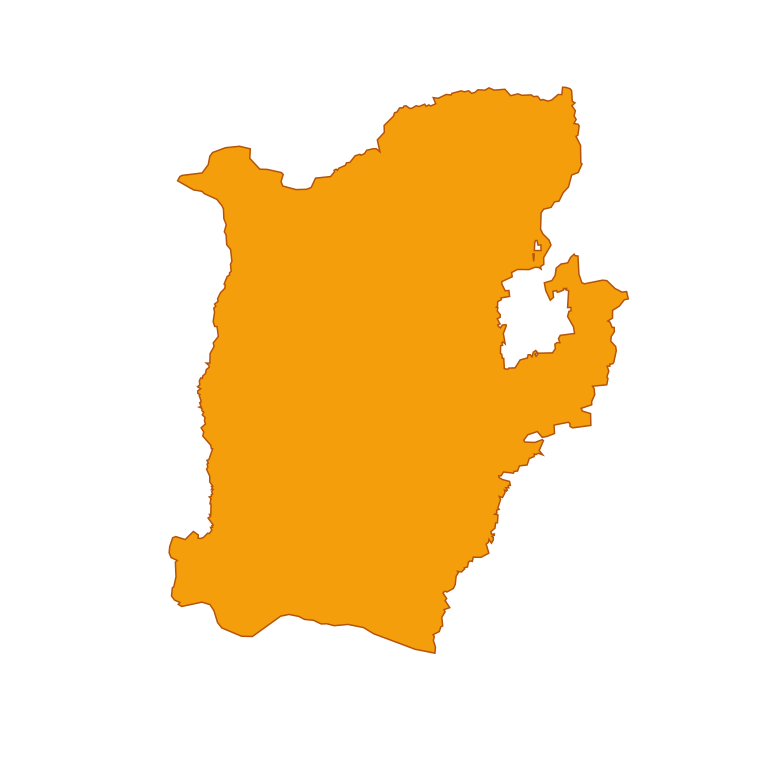 Madiun, Jawa Timur, Indonesia, rotated 163°
{"feature_id": "22746128B56340035124164", "entity_name": "Madiun", "entity_type": "district", "adm_level": 2, "iso_a3": "IDN", "parent_name": "Indonesia", "parent_adm1": "Jawa Timur", "projection": "mercator", "projection_center": [111.63, -7.612], "detail": "fine", "context": "isolated", "style": "filled", "palette": "amber", "viewbox_px": 768, "rotation_deg": 163, "n_neighbors": 0, "source": "geoboundaries", "source_scale": "gbopen_adm2", "svg_char_len": 6173}
<svg xmlns="http://www.w3.org/2000/svg" viewBox="0 0 768 768"><g transform="rotate(163 384 384)"><path d="M414.0,111.7L411.7,117.3L411.8,124.2L409.7,127.8L410.4,129.9L403.5,131.1L400.7,135.1L398.6,135.5L396.9,144.1L392.2,148.2L392.6,150.7L386.5,150.9L388.9,159.0L386.8,160.5L388.7,166.6L387.9,167.5L385.7,167.9L384.6,166.7L377.4,168.2L374.5,171.4L371.3,179.0L368.1,181.8L368.5,183.3L364.9,181.6L361.0,183.6L360.9,184.8L357.7,184.6L355.3,189.0L353.3,189.6L351.4,188.5L349.3,192.3L342.0,189.9L333.2,191.6L333.1,201.0L330.4,202.1L329.0,204.8L327.8,200.4L325.3,202.6L324.3,205.1L325.3,206.8L322.7,207.1L322.3,208.3L325.1,209.0L325.0,211.5L320.0,213.7L318.0,218.4L316.1,218.1L313.3,225.5L316.1,227.1L313.7,227.7L313.3,230.3L310.5,230.5L311.3,232.2L306.3,239.5L306.7,242.8L303.9,240.8L300.1,244.6L299.8,247.4L298.3,245.8L297.1,246.4L297.8,249.2L295.0,248.2L294.8,250.6L292.8,250.2L292.4,254.1L298.8,258.1L301.4,261.0L301.1,262.7L299.0,261.9L295.4,264.9L286.3,260.9L285.0,262.4L281.8,261.7L278.4,266.1L270.9,264.7L266.8,270.3L261.7,270.7L260.7,273.2L259.6,272.1L256.6,272.6L252.9,269.8L255.0,275.1L248.1,283.2L248.9,284.5L256.7,284.0L266.1,287.2L266.9,289.3L261.3,293.4L251.3,293.7L248.3,286.7L243.3,286.2L235.4,286.8L233.4,295.0L218.8,293.5L217.8,291.8L218.5,289.0L216.4,286.9L198.3,283.9L195.1,295.3L202.2,300.1L202.6,303.1L191.4,303.4L190.6,306.4L185.6,312.2L184.4,318.3L185.2,320.9L171.2,318.1L168.2,323.8L168.9,325.5L165.3,330.5L165.4,335.8L162.8,335.0L162.3,336.9L159.3,336.5L157.9,337.6L152.1,348.0L151.5,352.1L154.6,358.6L152.8,363.0L148.4,366.7L147.3,370.8L149.3,371.4L149.8,377.1L151.6,378.8L146.2,380.2L143.9,387.6L136.1,389.7L129.6,394.3L125.5,394.0L125.0,401.5L129.4,402.2L135.2,407.8L140.7,417.7L144.6,419.4L162.9,421.2L165.2,423.0L165.5,432.0L161.1,449.7L163.7,450.8L164.2,452.6L168.6,450.5L172.9,446.1L179.6,447.0L185.5,444.4L188.7,437.6L193.3,433.8L201.1,433.9L202.0,426.1L200.5,415.5L196.5,417.3L195.4,423.2L191.6,422.9L191.5,421.1L189.8,420.9L185.2,421.3L184.4,422.9L181.6,422.0L182.9,421.2L180.2,419.2L186.1,403.4L182.9,402.6L183.7,399.4L185.9,399.4L188.7,394.9L186.1,383.3L187.0,376.6L201.2,379.0L203.9,376.4L203.7,372.1L206.6,373.0L209.0,372.1L209.8,367.7L213.8,364.5L227.2,368.3L230.5,366.0L231.0,368.4L228.1,369.3L229.1,371.7L231.9,370.8L234.5,366.7L235.6,369.2L237.6,369.8L239.3,367.0L246.8,367.2L253.9,361.1L260.0,362.7L261.5,361.8L264.4,363.6L262.0,373.5L263.3,374.0L262.7,378.0L263.7,379.1L261.3,386.5L259.3,386.3L259.2,389.0L258.1,389.6L256.4,387.0L255.1,397.4L250.0,403.9L250.0,405.0L253.6,405.8L256.3,403.6L257.9,406.0L257.9,407.3L255.5,407.5L256.6,413.3L253.3,413.9L252.6,416.3L254.3,420.6L252.8,423.8L254.1,424.6L252.6,425.4L251.2,429.5L247.2,430.3L246.9,432.1L238.3,431.0L237.2,436.9L240.9,437.8L242.1,445.2L241.2,447.5L230.0,449.1L229.4,453.3L222.9,454.5L211.8,451.0L205.7,451.5L201.9,450.2L200.2,448.0L200.0,450.6L196.2,451.7L194.3,458.3L183.7,468.0L184.1,473.4L188.2,481.1L189.0,486.3L183.7,501.8L180.2,504.5L172.6,504.1L167.7,508.3L163.2,507.7L156.9,514.4L150.0,518.5L143.4,529.0L136.4,529.5L130.3,536.5L131.1,538.0L126.3,554.7L128.0,564.7L125.8,565.3L121.9,573.8L122.5,575.7L126.2,577.6L122.9,580.8L123.8,584.8L121.1,589.4L123.0,595.2L119.1,597.0L121.3,599.3L118.8,609.8L119.8,612.0L123.4,614.5L126.5,615.6L129.3,608.8L132.8,609.9L140.8,606.5L144.5,606.6L148.8,609.6L151.3,609.7L153.0,614.2L157.1,615.2L158.6,617.4L167.8,619.8L171.0,622.3L178.6,622.7L182.2,630.5L192.7,632.8L197.0,636.5L201.6,635.5L208.2,637.9L211.9,636.2L215.3,636.4L217.2,639.6L221.6,639.9L224.6,641.8L234.2,642.1L235.3,640.8L239.9,642.7L248.7,641.4L253.2,643.5L252.6,636.9L258.0,636.2L259.5,637.8L262.5,637.2L263.3,639.7L269.4,639.1L271.8,640.7L276.9,639.5L278.9,640.1L281.5,643.6L283.7,643.9L285.2,642.6L288.2,643.5L292.4,640.1L294.5,640.4L296.7,637.3L308.3,631.2L310.1,624.6L319.0,619.4L320.0,607.3L322.5,611.1L325.1,612.1L332.2,612.6L335.3,610.0L339.2,609.5L339.9,610.7L344.9,610.7L351.8,605.9L355.2,606.5L357.0,604.4L364.0,603.6L366.2,602.0L367.0,603.4L369.3,603.0L369.2,601.5L374.4,598.0L389.3,600.9L396.1,593.3L400.9,592.8L411.2,595.6L422.9,602.9L423.3,607.6L419.1,613.9L420.4,616.3L433.0,623.4L439.9,625.7L446.4,639.0L443.1,648.0L452.7,653.6L466.4,656.3L480.2,655.5L483.9,652.8L488.0,645.1L496.2,639.0L516.0,642.5L518.5,642.1L522.0,638.7L509.4,625.3L501.8,621.5L500.0,618.4L489.9,609.5L486.8,601.8L486.4,598.2L488.8,589.0L488.3,582.5L492.2,576.2L491.4,572.9L493.7,563.2L491.4,557.4L493.6,545.8L495.8,543.4L497.2,536.5L499.3,535.4L499.8,533.4L502.5,532.7L507.7,526.3L506.9,525.3L508.2,522.1L513.7,519.1L518.2,514.2L518.6,511.5L522.6,510.0L522.2,507.4L524.6,506.4L525.0,502.3L529.1,493.7L529.1,488.6L526.9,487.7L528.5,477.9L535.3,473.2L535.5,469.6L541.4,464.0L544.4,454.9L547.9,456.0L546.0,453.0L546.3,451.1L549.7,449.8L551.7,446.2L555.1,444.6L556.0,442.5L557.6,443.3L559.7,440.9L560.4,437.1L563.1,435.9L560.7,433.0L564.1,431.9L564.8,429.5L563.1,427.7L564.1,427.0L563.9,421.7L564.6,419.8L565.7,420.0L565.6,415.8L567.5,415.9L565.3,414.0L565.9,411.6L564.6,409.8L566.8,407.6L564.9,404.3L566.5,401.3L566.4,398.0L571.7,395.6L570.4,391.0L572.5,387.2L567.6,376.2L568.0,372.6L566.8,372.1L573.6,362.9L575.6,362.8L575.2,359.6L576.6,359.1L576.8,355.9L578.6,354.5L577.6,346.7L579.3,341.3L577.7,336.4L578.9,336.4L578.5,334.8L579.9,333.5L578.3,333.1L580.3,331.2L580.1,328.8L581.4,328.7L581.9,327.0L584.1,327.1L583.0,324.9L585.5,320.3L584.5,319.8L587.9,309.6L589.0,310.2L588.7,308.0L591.4,307.3L588.6,299.1L590.0,298.8L589.9,297.2L591.8,297.6L591.4,294.6L594.7,292.1L596.2,292.9L601.6,290.0L604.7,289.9L606.9,291.0L605.7,293.9L609.4,298.7L619.6,293.4L627.8,299.0L631.1,298.7L636.5,291.1L638.8,285.4L638.4,280.3L633.3,275.7L635.6,274.6L639.3,260.4L644.3,251.5L645.9,251.1L649.2,243.4L647.4,238.5L643.1,234.8L645.2,233.4L642.5,230.4L621.9,228.6L614.9,223.9L612.9,217.0L612.9,204.5L610.4,198.1L593.9,184.4L583.7,181.0L550.8,192.2L542.2,191.4L533.4,186.6L528.8,182.1L520.6,178.7L514.2,172.9L508.7,171.4L502.2,167.4L488.7,164.6L474.7,157.0L466.9,148.2L431.8,121.2L414.0,111.7ZM201.2,467.7L198.6,474.8L197.3,476.9L195.7,476.5L196.1,471.8L193.3,471.1L194.8,465.7L201.2,467.7ZM205.0,457.5L203.5,464.9L202.3,464.5L205.0,457.5Z" fill="#f59e0b" stroke="#b45309" stroke-width="1.5"/></g></svg>